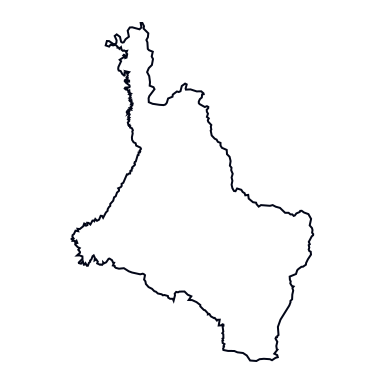 outline of Lebríja, Santander, Colombia
{"feature_id": "7082276B58843088778995", "entity_name": "Lebríja", "entity_type": "district", "adm_level": 2, "iso_a3": "COL", "parent_name": "Colombia", "parent_adm1": "Santander", "projection": "orthographic", "projection_center": [-73.316, 7.235], "detail": "fine", "context": "isolated", "style": "outline", "palette": "ink", "viewbox_px": 384, "rotation_deg": 0, "n_neighbors": 0, "source": "geoboundaries", "source_scale": "gbopen_adm2", "svg_char_len": 5934}
<svg xmlns="http://www.w3.org/2000/svg" viewBox="0 0 384 384"><path d="M308.4,214.1L304.0,212.5L301.7,210.8L300.2,210.9L299.7,212.0L296.4,213.4L294.8,215.5L293.7,215.9L292.3,214.4L290.4,214.4L288.6,212.8L285.1,212.8L280.0,207.9L275.7,206.7L272.7,205.1L270.0,205.8L261.0,205.1L258.7,206.6L256.6,204.2L256.1,202.7L253.0,202.2L248.7,198.6L248.2,194.9L245.3,195.3L244.6,193.2L242.7,192.0L241.3,189.8L237.1,188.5L235.5,191.2L234.0,191.0L232.4,188.2L231.6,184.7L232.4,180.8L231.6,177.5L232.7,173.8L231.2,170.2L231.5,167.7L229.9,165.7L230.6,161.1L229.6,156.8L227.0,154.2L226.7,149.9L221.9,147.8L220.5,145.5L220.5,142.9L217.8,141.8L216.6,139.6L214.7,138.7L211.7,135.5L210.7,130.5L211.3,129.6L210.8,126.7L211.3,125.0L208.2,121.7L207.8,120.2L208.8,118.4L206.9,116.9L208.0,113.7L206.9,111.8L206.7,109.8L208.2,108.2L208.3,106.9L206.9,106.2L204.8,107.0L199.6,104.1L198.8,103.1L198.8,101.5L199.9,99.1L201.8,97.5L202.1,94.5L203.7,94.2L203.5,93.3L201.2,91.3L196.7,91.4L190.5,89.4L185.9,89.6L185.6,88.5L186.7,84.4L185.1,83.6L181.8,86.0L180.5,91.2L178.8,92.0L176.9,91.5L172.8,94.6L172.5,96.7L168.1,98.5L166.8,102.8L165.4,104.5L163.6,105.1L159.3,104.8L152.6,103.8L148.8,102.2L148.6,98.2L149.3,96.1L154.5,89.2L153.5,87.2L149.7,85.7L150.0,82.1L149.2,76.1L147.1,72.1L148.8,68.1L151.9,65.0L153.0,59.0L151.7,56.5L152.8,51.7L149.0,50.2L147.8,48.9L147.4,42.3L146.4,40.0L147.9,37.2L148.3,33.3L143.6,28.6L144.0,26.2L142.4,23.0L140.7,23.0L141.4,27.5L139.5,29.3L132.2,27.3L129.8,27.5L127.7,30.7L128.9,36.7L125.6,39.2L123.7,42.3L122.3,42.6L121.1,41.8L120.0,36.9L116.7,34.4L114.7,36.0L116.6,40.3L116.4,42.8L115.4,44.0L113.5,44.1L109.1,41.1L106.9,41.0L105.7,45.4L109.1,46.6L110.6,44.7L113.1,45.4L115.6,44.8L117.5,46.7L117.5,47.7L118.7,47.7L119.4,48.8L121.0,47.2L121.6,49.8L123.0,50.9L124.0,50.4L125.5,51.2L127.0,50.9L126.2,52.8L127.2,54.1L126.5,57.6L125.3,58.0L125.3,55.4L123.9,54.8L123.4,55.4L124.5,55.9L124.3,56.8L119.7,59.8L121.1,61.2L118.4,67.0L118.2,69.0L118.7,70.5L120.7,71.1L122.3,74.0L124.2,75.6L124.7,75.4L124.6,72.5L126.7,72.7L125.6,71.3L129.1,72.1L127.3,74.0L127.8,75.5L126.7,77.3L127.7,77.7L127.6,78.5L124.9,80.2L124.7,81.1L125.5,82.1L127.2,80.0L129.1,80.6L129.1,81.6L127.6,81.8L126.6,83.2L129.5,85.4L129.7,86.8L129.2,87.3L125.3,87.6L124.7,88.5L125.7,89.4L127.4,88.5L126.9,89.7L128.4,90.8L129.3,90.4L129.5,92.0L128.6,91.2L128.3,91.9L130.4,93.3L129.5,93.4L128.9,94.2L130.7,95.2L130.1,96.2L130.6,97.4L129.5,98.1L130.0,98.4L129.5,100.2L130.6,100.4L130.1,101.2L130.9,101.9L131.5,100.7L131.8,102.5L131.1,104.1L132.6,103.8L132.3,105.4L130.8,106.7L131.5,108.1L129.8,108.1L130.9,109.7L129.2,109.5L129.2,110.5L128.4,110.2L128.5,111.0L127.2,111.1L126.7,112.1L127.2,113.2L128.5,112.7L127.9,113.8L129.0,113.1L129.7,114.5L128.4,116.6L129.4,117.5L128.4,118.0L129.2,119.1L128.1,119.5L129.2,120.9L127.8,122.5L128.4,125.0L129.4,124.9L129.2,126.0L130.2,126.1L130.1,127.5L132.0,128.3L132.9,130.3L132.3,131.4L132.7,133.5L131.9,137.2L132.1,139.9L133.6,142.3L135.6,143.2L136.2,145.6L140.4,147.6L141.0,148.9L139.6,150.9L140.2,151.6L139.8,152.4L138.6,152.5L138.5,155.0L137.7,155.1L135.8,161.5L134.8,162.0L134.4,163.4L135.0,164.1L134.8,165.0L132.1,167.4L132.4,168.4L131.6,169.3L131.6,170.7L130.4,170.9L130.1,173.5L128.6,173.7L127.7,174.6L126.9,174.4L123.3,182.8L121.6,183.8L121.7,185.9L120.7,187.2L118.2,188.3L119.0,189.5L119.0,190.8L117.0,192.6L115.7,196.3L114.1,197.3L113.2,200.7L110.3,203.9L110.2,206.0L108.9,207.1L107.7,209.2L107.6,210.8L105.9,212.5L103.1,217.8L102.0,215.9L100.7,215.8L99.1,219.6L97.0,220.8L95.3,219.0L94.3,221.2L93.5,220.5L92.5,220.6L90.4,224.5L88.6,222.9L87.2,222.8L87.4,225.1L86.0,225.7L84.9,225.4L85.1,223.8L84.2,223.5L83.2,226.3L79.7,229.1L77.5,228.8L78.2,231.2L75.5,230.7L73.9,234.1L72.6,235.1L72.4,236.7L73.5,238.4L70.8,239.0L73.0,239.3L72.5,240.9L74.6,240.9L75.2,242.2L76.5,240.8L77.3,243.0L75.3,243.5L75.2,244.5L77.7,247.1L79.7,248.1L78.3,249.8L79.9,251.8L80.0,252.7L77.0,255.5L79.5,255.4L82.4,256.4L82.5,258.8L78.8,262.5L78.9,263.1L81.0,263.7L82.9,261.4L83.8,264.7L84.6,264.6L85.5,263.2L87.0,265.8L87.9,265.7L88.9,262.9L90.2,261.7L90.1,260.5L91.3,259.6L92.6,256.2L93.7,255.4L94.9,258.0L94.6,260.4L96.2,259.4L97.8,261.7L97.2,263.4L100.1,264.8L100.9,264.4L102.0,264.9L103.3,263.5L103.2,262.4L104.1,263.3L106.2,262.3L108.6,258.8L109.5,258.6L112.0,260.2L113.1,262.7L114.1,262.8L112.9,265.5L114.6,265.9L114.8,267.0L115.9,267.9L119.0,268.7L123.9,268.2L128.8,271.3L132.0,272.5L140.2,274.3L142.8,273.7L144.2,274.4L145.0,275.2L144.1,279.6L145.4,281.3L145.9,284.0L148.6,287.1L152.0,288.8L154.3,291.2L155.9,291.7L157.9,293.5L161.7,294.3L162.8,295.3L164.4,295.0L167.9,296.0L168.2,297.6L170.1,298.8L172.8,298.8L173.6,300.7L175.0,295.3L174.7,293.7L176.2,291.9L178.0,292.3L179.5,291.6L184.5,291.5L187.7,294.7L191.3,296.3L188.7,300.0L192.1,300.1L196.5,302.1L200.3,305.0L200.3,306.4L203.8,309.9L205.1,310.3L208.0,313.5L207.9,314.4L209.4,314.0L210.9,316.4L214.0,318.1L214.7,317.9L216.9,320.5L217.4,319.8L219.7,319.7L218.7,325.5L221.4,325.3L222.5,324.3L223.4,324.6L223.5,325.8L222.6,326.3L223.3,331.7L222.3,333.2L223.3,334.2L223.4,338.1L222.5,338.6L223.1,340.4L222.4,340.8L222.7,343.0L224.5,344.1L223.5,346.1L224.0,346.6L223.1,348.6L223.4,350.0L227.9,350.9L234.3,351.0L237.4,352.3L243.0,353.0L246.8,355.5L250.1,360.5L256.4,361.0L259.6,359.2L263.9,358.8L269.9,359.2L272.0,360.2L275.6,357.8L277.8,357.2L277.2,355.1L274.3,353.7L277.5,349.6L276.8,349.2L276.3,346.0L277.3,341.8L275.5,338.6L276.0,337.3L277.1,337.2L277.4,335.9L278.5,335.0L277.9,326.9L280.5,319.6L289.3,305.5L290.5,302.3L290.4,301.0L292.1,299.3L292.3,294.6L293.2,290.6L292.4,288.0L293.6,286.5L291.8,285.9L290.3,283.4L290.7,281.4L289.9,279.8L289.7,276.6L296.0,274.0L297.2,270.3L298.3,269.1L301.4,266.8L303.0,266.7L305.9,264.7L306.1,263.0L307.9,259.3L311.0,254.6L310.7,251.7L309.3,251.0L308.7,249.5L309.3,247.6L308.7,245.1L309.8,244.2L308.8,241.9L311.7,236.4L313.1,235.2L313.2,234.1L312.1,232.7L312.5,230.1L312.0,228.1L309.7,225.4L311.1,218.9L308.4,214.1Z" fill="none" stroke="#020617" stroke-width="2"/></svg>